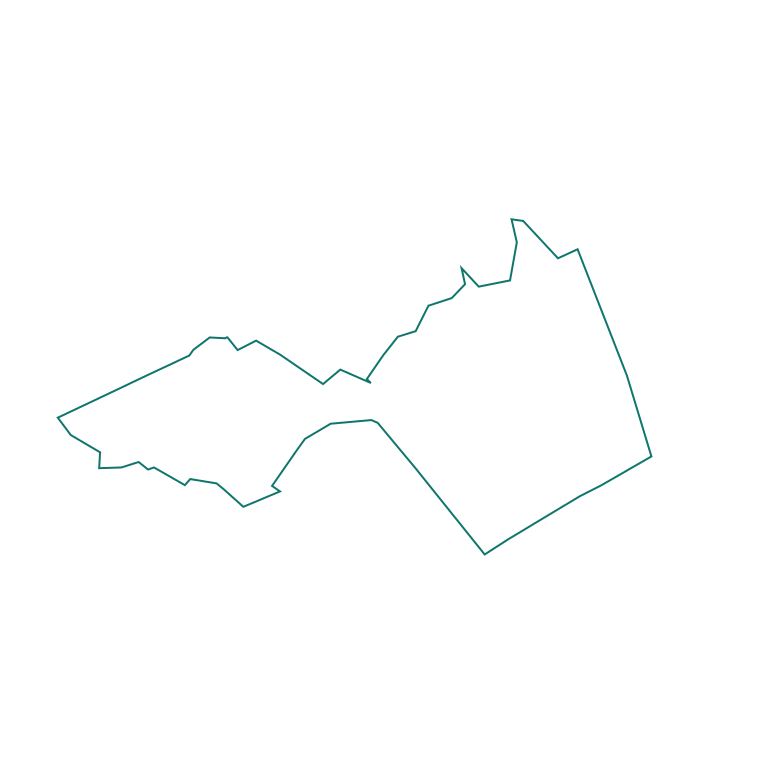 Passaic, New Jersey, United States of America (Equal Earth projection), rotated 119°
{"feature_id": "52423323B2670997782408", "entity_name": "Passaic", "entity_type": "district", "adm_level": 2, "iso_a3": "USA", "parent_name": "United States of America", "parent_adm1": "New Jersey", "projection": "equal_earth", "projection_center": [-74.273, 41.012], "detail": "fine", "context": "isolated", "style": "outline", "palette": "teal", "viewbox_px": 768, "rotation_deg": 119, "n_neighbors": 0, "source": "geoboundaries", "source_scale": "gbopen_adm2", "svg_char_len": 886}
<svg xmlns="http://www.w3.org/2000/svg" viewBox="0 0 768 768"><g transform="rotate(119 384 384)"><path d="M419.5,544.2L420.9,544.9L427.8,559.0L446.5,567.3L453.5,568.1L491.1,595.3L498.9,600.9L515.2,612.5L571.6,653.0L580.5,633.2L581.4,599.2L595.7,592.3L584.3,573.2L571.2,560.8L573.2,548.9L568.5,544.7L569.0,509.1L561.1,507.4L552.1,482.2L553.8,473.0L559.6,447.5L528.4,422.9L527.4,432.5L483.8,428.1L470.3,426.5L444.6,411.4L421.7,377.6L421.0,370.8L442.6,315.1L484.3,213.3L459.8,200.2L459.6,200.1L410.9,172.0L387.5,158.5L367.2,144.8L317.7,115.0L258.9,175.6L172.3,280.0L189.7,292.8L173.9,341.3L178.1,352.3L195.7,336.5L232.3,324.0L252.9,348.3L245.1,372.3L257.4,361.5L276.0,366.4L294.0,383.1L322.4,381.9L335.9,394.8L359.1,398.6L388.0,401.4L389.5,396.0L392.6,429.2L413.6,437.3L408.7,489.2L408.1,516.9L425.3,528.5L419.1,543.5L419.5,544.2Z" fill="none" stroke="#0f766e" stroke-width="2"/></g></svg>